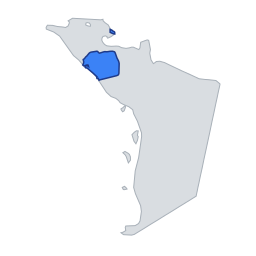 location of Dubay within United Arab Emirates, rotated 274°
{"feature_id": "ARE-350", "entity_name": "Dubay", "entity_type": "Emirate", "adm_level": 1, "iso_a3": "ARE", "parent_name": "United Arab Emirates", "parent_adm1": "", "projection": "robinson", "projection_center": [55.527, 24.951], "detail": "fine", "context": "in_parent", "style": "filled", "palette": "blue", "viewbox_px": 256, "rotation_deg": 274, "n_neighbors": 0, "source": "natural_earth", "source_scale": "10m", "svg_char_len": 3354}
<svg xmlns="http://www.w3.org/2000/svg" viewBox="0 0 256 256"><g transform="rotate(274 128 128)"><path d="M230.7,60.8L233.6,65.0L234.0,93.3L234.7,95.4L233.2,95.7L231.4,97.8L229.4,101.1L226.6,102.9L224.4,104.8L222.3,107.2L220.4,107.7L217.9,104.7L216.2,101.5L216.7,100.9L217.8,100.6L218.3,99.0L217.6,96.7L215.9,95.8L213.8,95.7L211.8,96.8L209.7,98.8L208.5,101.1L208.3,105.5L208.9,110.6L208.9,113.0L207.7,116.0L207.3,120.5L208.1,123.9L208.9,126.0L209.0,127.7L207.0,133.3L208.7,134.3L214.4,134.7L216.1,138.4L217.2,141.0L216.9,142.5L212.9,143.6L207.8,144.9L204.1,144.5L197.6,146.2L194.0,148.8L195.1,150.4L196.3,151.6L196.8,155.1L195.8,159.9L193.9,164.6L191.6,170.5L188.9,177.3L185.2,187.4L182.1,195.4L181.8,201.2L181.8,204.9L181.5,212.4L178.5,216.6L177.8,216.7L174.3,216.2L173.1,216.0L169.8,215.5L164.5,214.8L157.8,213.8L149.7,212.7L140.8,211.4L131.2,210.1L121.3,208.7L111.5,207.3L101.9,205.9L92.9,204.7L84.9,203.5L78.2,202.6L72.9,201.8L69.6,201.4L68.4,201.2L64.7,200.7L62.7,197.9L60.2,194.5L57.8,191.1L55.4,187.8L53.0,184.4L50.5,181.0L48.1,177.7L45.7,174.3L43.3,170.9L40.8,167.5L38.4,164.2L36.0,160.8L33.6,157.4L31.2,154.1L28.7,150.7L26.3,147.3L23.9,143.9L22.3,141.7L21.4,139.1L21.3,132.5L21.3,131.0L23.0,128.3L23.7,130.3L25.5,132.9L28.7,132.2L30.1,132.7L31.1,141.9L33.4,145.2L36.2,146.5L45.6,147.2L51.4,146.0L63.0,140.0L69.1,137.8L85.8,138.2L99.3,140.7L120.2,142.2L124.2,141.8L135.5,136.9L142.5,132.7L146.6,131.4L149.3,127.3L151.1,121.9L152.7,118.4L154.7,116.7L156.7,113.8L158.2,108.9L162.1,104.0L177.7,92.1L186.8,82.1L187.6,78.9L192.5,74.0L196.4,68.6L214.9,53.4L218.6,47.1L220.8,40.1L221.0,39.6L222.6,39.3L224.9,40.4L225.1,45.6L224.3,50.6L224.2,55.9L223.9,58.7L225.6,61.1L228.5,62.1L229.8,62.0L230.7,60.8ZM230.0,82.2L230.3,79.9L229.8,78.8L227.9,78.6L227.1,80.6L226.8,83.3L228.2,83.5L230.0,82.2ZM125.8,136.6L125.8,138.4L121.3,137.9L120.1,138.8L116.4,138.3L112.8,137.0L115.2,134.9L121.6,132.4L124.3,134.7L125.8,136.6ZM99.4,132.4L96.1,132.7L93.2,130.8L99.4,128.2L101.1,127.0L103.0,124.6L104.4,126.6L102.8,129.9L101.7,131.3L99.4,132.4ZM149.6,123.0L149.2,124.0L148.0,123.9L144.9,123.0L143.8,121.5L145.8,119.8L146.7,119.7L147.9,121.5L149.6,123.0ZM67.7,130.9L67.0,131.3L66.2,128.5L66.3,127.6L68.3,126.4L69.6,128.6L67.7,130.9Z" fill="#d9dde1" stroke="#a8b0b8" stroke-width="1"/><path d="M174.1,95.5L174.3,95.4L175.5,94.6L175.3,93.6L176.8,93.2L177.0,93.4L180.3,89.3L184.8,83.2L185.0,82.4L185.0,81.7L185.8,80.9L186.5,81.0L187.2,82.0L187.4,82.7L187.2,83.4L186.6,84.3L187.9,83.9L188.1,83.0L187.8,81.9L186.9,80.1L186.8,79.7L187.0,79.3L187.7,78.5L187.8,78.6L190.0,79.2L191.3,79.1L192.8,78.6L193.2,78.5L193.4,78.7L193.9,79.5L194.3,79.8L195.7,80.7L196.1,81.0L196.4,81.3L196.7,81.7L199.9,84.0L200.6,84.8L201.1,85.8L202.4,91.5L202.4,91.8L202.3,92.1L202.2,92.4L201.9,92.7L201.4,93.2L201.1,93.5L200.7,94.3L201.1,95.5L201.8,97.2L202.3,98.6L202.5,99.3L202.6,99.7L202.5,100.9L202.7,102.4L203.2,104.5L203.4,106.2L203.5,107.0L203.4,107.7L203.3,108.3L203.2,108.7L203.0,109.3L202.0,110.0L197.1,112.1L194.1,113.9L192.8,114.4L191.6,114.7L182.2,115.1L181.3,115.0L180.4,114.7L179.9,114.0L179.4,113.0L174.0,96.4L173.6,95.8L173.8,95.7L174.0,95.6L174.1,95.5ZM225.1,103.3L224.4,105.3L223.5,106.5L223.2,107.4L222.8,107.9L221.9,108.2L221.0,108.2L220.9,108.2L221.0,107.8L220.9,107.1L221.2,106.0L222.2,103.5L225.1,103.3L225.1,103.3Z" fill="#3b82f6" stroke="#1e3a8a" stroke-width="1.5"/></g></svg>